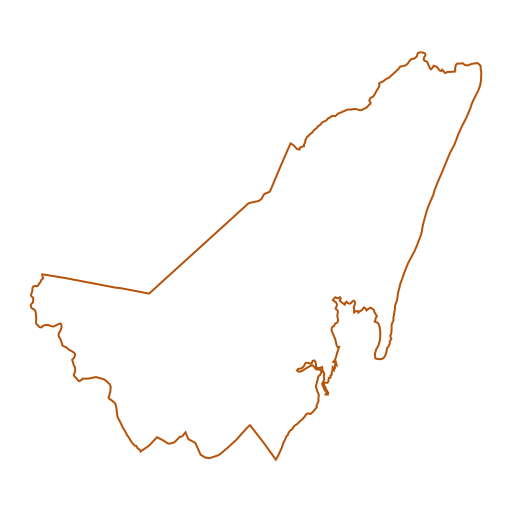 Msambweni, Coast, Kenya (orthographic projection)
{"feature_id": "3690345B18525828088972", "entity_name": "Msambweni", "entity_type": "district", "adm_level": 2, "iso_a3": "KEN", "parent_name": "Kenya", "parent_adm1": "Coast", "projection": "orthographic", "projection_center": [39.484, -4.373], "detail": "fine", "context": "isolated", "style": "outline", "palette": "amber", "viewbox_px": 512, "rotation_deg": 0, "n_neighbors": 0, "source": "geoboundaries", "source_scale": "gbopen_adm2", "svg_char_len": 5981}
<svg xmlns="http://www.w3.org/2000/svg" viewBox="0 0 512 512"><path d="M275.8,459.6L277.8,456.3L281.4,448.7L283.5,442.6L285.1,439.6L285.7,437.9L286.6,436.1L287.8,435.0L288.4,433.2L290.2,430.4L291.4,429.8L292.7,428.5L293.7,426.7L295.0,425.3L296.3,424.7L297.4,423.8L301.0,420.3L302.4,419.2L304.5,416.9L306.7,413.8L308.7,413.4L310.6,414.0L313.4,411.3L316.9,407.1L316.5,405.8L318.5,400.9L318.4,398.8L318.8,395.5L318.5,393.8L317.3,391.5L317.0,389.9L316.2,388.0L315.9,386.2L317.7,379.4L318.0,377.6L318.7,376.1L320.1,374.8L321.3,372.7L321.3,371.0L320.1,369.6L316.9,369.5L315.4,368.7L314.7,367.3L313.8,366.3L312.1,365.2L309.7,366.2L305.0,369.0L302.7,370.6L301.1,371.3L299.6,371.7L298.2,371.4L297.0,370.6L298.2,368.8L300.6,368.6L302.4,367.8L304.2,365.7L305.2,363.4L306.4,362.7L308.1,362.9L310.5,363.6L312.0,362.7L312.6,360.9L314.3,360.4L315.5,361.7L316.2,366.8L316.8,368.0L318.5,368.1L320.3,367.8L322.1,367.0L322.8,371.5L323.9,372.7L324.3,374.4L323.8,375.9L324.3,379.5L322.1,384.1L324.3,389.3L325.2,390.7L327.1,391.7L326.9,390.4L325.8,389.3L325.6,387.8L323.9,384.6L323.9,383.3L325.2,382.6L327.4,382.8L328.3,381.6L328.8,378.0L330.5,377.5L330.5,375.6L331.8,374.6L331.6,372.7L332.4,371.1L332.7,367.2L333.7,368.1L334.2,369.7L335.0,367.8L334.8,365.9L335.1,364.6L336.6,365.4L335.8,361.7L334.6,362.2L333.3,361.9L334.6,360.5L336.0,357.3L336.9,353.6L339.1,346.9L337.6,347.0L336.6,345.2L335.3,339.3L331.8,331.1L331.5,329.8L331.8,328.0L332.4,326.8L333.7,326.4L335.3,323.5L336.6,323.0L337.6,322.0L338.2,320.3L337.3,316.1L337.9,311.3L337.3,310.0L335.6,308.7L336.0,307.4L336.9,305.7L336.9,304.1L336.3,302.7L332.9,300.1L334.2,298.3L335.4,297.3L337.0,298.1L338.4,298.1L340.0,297.2L340.8,298.7L339.7,300.6L341.4,302.2L344.8,304.6L345.3,302.9L346.4,301.7L347.7,303.1L349.6,303.7L350.8,303.2L352.6,301.2L353.9,300.7L355.1,302.3L355.1,303.6L354.0,306.7L353.8,308.1L354.3,309.6L354.0,311.2L354.2,312.5L355.4,311.5L356.6,311.1L357.9,311.2L358.3,312.6L359.5,311.5L360.9,310.8L362.0,309.9L364.0,307.4L365.6,308.5L366.5,310.4L369.2,308.3L370.8,307.7L373.9,310.0L374.4,312.0L376.9,316.3L375.7,318.0L375.4,320.0L374.7,321.5L376.1,322.3L377.7,322.7L378.6,324.0L379.6,326.9L380.4,332.7L380.1,334.3L380.3,336.1L379.9,339.1L379.8,341.1L379.2,342.6L378.5,345.5L376.2,349.3L374.8,354.4L375.4,358.4L377.5,359.0L380.1,359.2L381.8,358.9L383.4,358.1L384.9,356.3L386.3,352.6L387.1,348.0L388.1,347.0L389.8,343.8L389.6,341.8L391.4,338.8L390.6,337.2L390.2,335.8L391.0,334.3L391.4,332.2L391.6,329.5L391.6,325.1L392.2,323.1L393.5,320.3L393.4,317.7L394.3,313.5L394.3,311.8L394.8,310.1L395.1,305.8L395.4,304.5L397.1,300.1L398.0,293.1L400.5,283.2L401.6,280.3L404.5,272.2L408.1,263.1L414.5,251.2L416.5,246.6L420.4,236.4L421.4,233.4L422.0,230.4L422.9,225.0L426.7,211.0L428.8,205.1L433.4,194.6L434.2,191.2L437.6,182.4L441.6,173.2L448.7,155.9L451.3,150.3L454.6,144.3L458.3,134.3L461.9,126.3L466.3,117.8L470.4,108.2L471.4,104.8L473.5,99.9L478.3,90.4L480.1,85.5L481.0,80.6L481.3,72.3L480.8,69.8L480.5,65.6L477.6,63.1L473.9,63.5L470.8,64.2L468.6,65.2L466.7,65.4L464.5,64.8L462.8,63.2L461.3,63.5L457.2,63.6L456.0,64.8L455.1,68.3L455.2,70.7L454.6,71.8L453.0,71.6L451.3,71.9L448.2,71.9L446.7,72.2L445.7,73.0L444.4,72.6L443.7,71.2L442.1,69.7L441.4,71.0L439.7,70.5L436.9,66.9L433.7,65.7L432.1,68.4L430.8,69.3L430.0,68.2L427.3,62.2L426.3,61.3L424.8,60.9L423.7,59.7L424.0,57.5L425.1,56.1L425.5,54.7L424.8,53.3L423.2,52.6L421.6,52.4L419.8,52.4L417.8,53.1L416.8,56.4L415.9,57.3L414.6,58.3L413.2,58.8L411.9,58.9L410.8,59.6L408.9,61.7L408.3,62.8L407.5,63.8L406.0,65.1L403.9,65.9L400.2,66.6L398.5,68.9L396.9,70.5L388.7,77.9L386.0,79.0L383.6,81.0L381.6,82.1L380.1,82.7L379.1,83.5L379.4,85.7L378.7,87.5L376.6,90.7L374.8,94.1L374.0,95.5L372.3,97.2L370.7,97.7L369.3,100.1L369.8,101.5L370.7,102.7L370.3,103.9L369.0,104.9L366.9,107.3L365.4,108.2L361.5,110.1L359.6,110.1L355.3,108.9L350.3,109.7L348.9,109.4L347.2,109.7L345.7,110.2L344.5,111.1L342.4,111.7L341.2,112.5L339.6,112.8L337.5,114.1L336.1,115.5L334.9,116.2L333.6,115.9L331.8,116.0L330.3,117.4L328.4,118.1L325.8,120.8L323.2,121.9L321.5,123.1L320.7,124.4L319.6,125.3L318.3,125.9L316.6,128.1L313.9,130.1L312.4,132.4L309.7,134.4L308.7,135.8L307.2,136.7L305.8,139.3L305.2,140.9L305.2,142.3L304.0,144.6L304.1,146.1L302.3,146.6L300.1,147.6L299.4,149.6L297.1,149.0L293.4,145.2L290.6,143.4L283.5,159.4L270.2,190.9L269.3,192.0L265.5,193.4L263.7,194.6L261.6,198.9L258.6,201.0L252.0,202.4L248.4,203.4L149.1,293.6L120.9,288.2L115.3,287.6L65.0,278.0L42.3,274.3L42.5,276.7L43.2,278.2L41.4,279.9L40.4,282.2L39.0,283.6L38.4,285.2L37.0,286.3L35.5,285.9L33.3,286.4L32.4,288.1L32.5,289.6L32.2,291.3L31.2,294.2L31.1,295.5L31.7,296.7L33.3,297.8L33.0,302.4L31.4,303.9L30.7,305.4L31.6,308.2L34.2,309.6L35.2,310.6L35.8,313.1L36.2,317.0L36.3,318.9L36.0,321.9L36.2,323.7L39.7,327.2L41.4,327.4L42.5,326.3L44.0,325.4L46.7,324.9L48.2,325.0L51.6,326.3L53.5,326.5L59.3,323.7L60.7,323.6L61.3,324.8L61.5,326.8L61.3,328.4L60.0,331.6L59.0,332.6L58.7,333.9L58.6,335.8L59.3,337.4L60.3,338.9L62.2,343.9L62.3,345.4L66.5,347.6L68.8,349.6L72.8,351.8L74.0,352.8L75.1,354.1L75.1,355.4L73.9,357.9L72.2,359.8L73.9,365.5L75.1,367.5L75.2,370.7L74.4,373.5L73.7,374.7L74.4,376.3L75.8,377.6L78.1,380.5L79.1,381.2L80.3,380.7L82.9,378.6L86.6,378.7L89.0,378.5L95.7,377.1L97.4,377.4L103.7,379.3L105.1,380.0L109.5,384.0L110.4,385.8L110.7,387.6L110.3,391.5L109.3,395.6L108.5,397.4L109.3,398.8L111.5,400.2L114.5,402.7L115.4,404.0L116.4,407.7L117.3,415.8L117.7,417.2L122.2,426.1L122.7,427.5L125.1,431.2L127.3,435.6L128.5,437.0L131.6,442.1L133.9,444.9L134.9,445.7L136.2,445.9L137.0,447.0L137.6,448.3L140.2,450.1L140.6,451.5L149.1,445.6L157.0,437.2L162.6,440.1L167.7,443.3L169.0,443.6L170.4,443.5L173.4,442.7L174.7,442.0L178.0,438.7L179.7,436.7L181.0,436.8L182.3,436.3L185.5,432.3L188.4,439.2L195.3,442.8L200.6,454.7L205.1,457.5L209.4,458.2L217.7,455.5L219.5,454.6L227.7,447.7L236.2,439.9L247.5,427.3L250.0,425.2L263.4,442.4L275.8,459.6ZM327.1,391.7L326.2,393.2L325.6,394.4L327.8,394.6L328.2,392.5L327.1,391.7Z" fill="none" stroke="#b45309" stroke-width="2"/></svg>